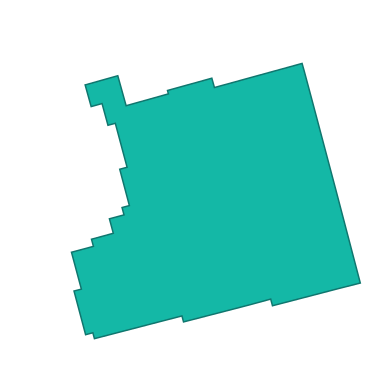 Custer, Montana, United States of America (orthographic projection), rotated 255°
{"feature_id": "52423323B6606867099089", "entity_name": "Custer", "entity_type": "district", "adm_level": 2, "iso_a3": "USA", "parent_name": "United States of America", "parent_adm1": "Montana", "projection": "orthographic", "projection_center": [-105.487, 46.324], "detail": "fine", "context": "isolated", "style": "filled", "palette": "teal", "viewbox_px": 384, "rotation_deg": 255, "n_neighbors": 0, "source": "geoboundaries", "source_scale": "gbopen_adm2", "svg_char_len": 630}
<svg xmlns="http://www.w3.org/2000/svg" viewBox="0 0 384 384"><g transform="rotate(255 192 192)"><path d="M280.0,331.7L287.7,331.6L287.1,240.7L296.8,240.6L296.4,194.6L292.9,194.6L292.4,150.7L323.5,150.4L323.1,116.5L300.6,116.7L300.7,128.0L278.2,128.1L278.2,135.7L232.7,135.7L232.7,128.1L195.1,128.0L195.1,120.4L187.5,120.4L187.5,105.3L172.5,105.3L172.4,82.7L165.0,82.7L165.0,60.0L126.8,60.0L126.9,52.4L81.7,52.3L81.7,56.1L81.7,59.8L75.6,59.8L75.2,113.5L74.9,150.2L68.7,150.2L68.1,217.7L68.2,240.3L61.3,240.3L60.8,308.1L60.5,331.0L157.2,331.5L248.4,331.7L280.0,331.7Z" fill="#14b8a6" stroke="#0f766e" stroke-width="1.5"/></g></svg>